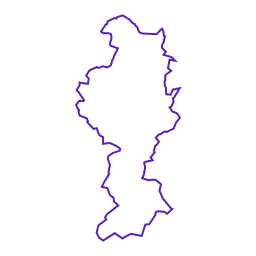 outline of Mangu, Plateau, Nigeria
{"feature_id": "59680162B68239008143557", "entity_name": "Mangu", "entity_type": "district", "adm_level": 2, "iso_a3": "NGA", "parent_name": "Nigeria", "parent_adm1": "Plateau", "projection": "mercator", "projection_center": [9.188, 9.38], "detail": "fine", "context": "isolated", "style": "outline", "palette": "violet", "viewbox_px": 256, "rotation_deg": 0, "n_neighbors": 0, "source": "geoboundaries", "source_scale": "gbopen_adm2", "svg_char_len": 2549}
<svg xmlns="http://www.w3.org/2000/svg" viewBox="0 0 256 256"><path d="M122.9,15.4L117.2,17.1L116.4,18.5L114.3,18.1L107.5,21.5L107.2,23.9L105.4,24.7L105.2,25.5L101.0,31.4L101.0,31.5L103.1,33.1L109.0,33.3L111.1,34.3L111.2,35.1L111.5,38.6L110.7,40.8L110.0,43.5L110.3,45.6L117.9,48.3L115.2,53.8L114.0,56.1L113.4,58.4L112.4,59.9L112.4,60.0L110.8,65.3L109.3,66.3L107.3,67.4L102.6,66.3L100.0,67.5L97.9,67.8L96.9,67.0L89.6,70.3L89.1,70.9L86.2,75.7L88.8,78.7L87.9,83.9L79.5,82.6L79.6,85.2L76.8,89.9L76.7,90.4L76.8,90.5L79.2,92.8L80.0,94.4L82.4,97.6L84.1,100.2L83.5,101.0L79.2,100.9L76.1,104.9L77.6,108.3L79.1,110.0L78.5,111.9L79.7,115.6L86.7,118.3L86.8,119.0L87.9,121.1L87.3,122.2L93.5,128.9L96.8,128.2L98.1,132.4L99.7,135.4L103.2,137.3L102.9,143.8L109.9,143.0L115.4,145.5L118.6,147.5L119.9,148.5L120.1,149.9L119.9,150.5L117.6,151.4L112.9,153.0L108.5,156.0L107.8,158.4L108.4,160.6L110.0,164.9L108.6,171.8L108.6,172.0L108.7,173.3L109.2,173.9L103.5,183.3L101.9,186.8L107.4,188.2L109.8,194.7L111.0,196.1L113.5,197.6L114.0,201.4L118.2,205.5L107.1,214.1L105.1,217.4L106.2,219.6L98.5,225.3L96.6,232.8L99.0,237.6L103.1,240.6L114.8,233.2L122.5,238.5L125.5,236.6L131.0,233.8L141.7,235.9L145.3,224.6L149.2,224.2L155.3,215.1L155.3,213.7L156.2,211.8L157.7,211.3L164.2,211.8L167.2,213.7L172.3,208.9L170.9,208.2L162.8,198.5L159.5,190.7L161.0,184.3L161.0,184.2L155.6,179.8L150.9,179.8L149.1,180.4L142.2,178.2L144.0,174.1L145.1,167.4L144.1,162.8L145.2,161.9L145.9,161.8L146.9,161.5L149.8,160.9L152.6,160.3L150.7,157.4L154.7,152.2L153.9,151.2L155.2,146.0L157.3,144.2L158.9,141.6L155.8,137.7L158.6,134.6L160.6,134.2L164.3,131.6L166.8,131.9L173.7,128.5L173.8,128.0L176.1,122.5L178.5,119.6L179.9,117.7L177.8,114.3L176.1,112.9L172.2,111.4L169.7,107.5L171.5,106.3L173.6,101.5L172.8,98.3L174.0,97.7L179.7,88.2L172.9,89.6L170.7,94.7L166.2,94.3L166.0,89.3L166.2,88.9L164.8,85.4L164.7,83.4L164.5,81.9L165.2,80.3L165.3,75.1L171.1,70.9L168.0,68.2L168.3,66.7L169.6,59.7L175.1,60.7L171.5,57.1L164.6,55.1L163.6,54.8L165.9,51.6L165.3,51.3L164.5,50.5L163.9,49.8L163.0,48.9L162.0,48.1L162.0,46.8L162.0,46.4L161.9,45.6L163.0,43.2L164.1,41.3L164.0,40.1L164.2,39.7L164.9,37.1L165.1,36.4L163.8,35.9L163.7,33.5L163.1,31.0L163.0,30.5L162.0,28.7L161.6,29.1L160.8,29.6L159.7,30.8L156.6,34.2L154.4,34.1L144.8,33.6L143.3,33.6L141.1,33.1L139.2,32.1L138.3,30.0L137.2,27.0L136.8,26.9L135.7,25.8L135.4,25.5L134.5,23.8L133.4,23.6L132.5,23.0L131.8,22.3L130.5,20.5L130.3,20.3L129.3,19.4L127.9,18.6L126.3,17.7L125.4,17.1L124.6,16.6L123.8,16.0L122.9,15.4Z" fill="none" stroke="#5b21b6" stroke-width="2"/></svg>